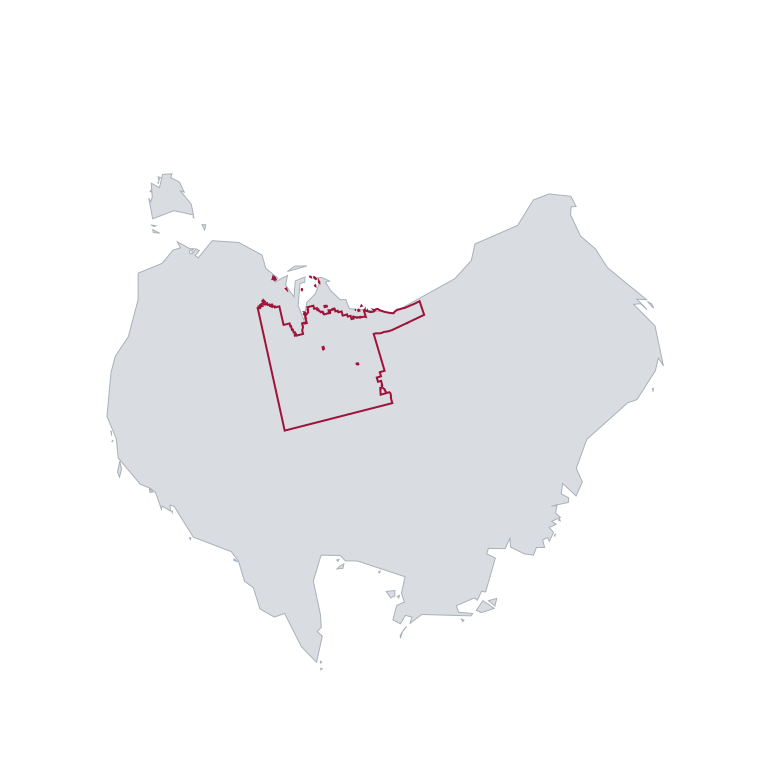 Unincorporated SA, South Australia, Australia shown in context, rotated 165°
{"feature_id": "25037944B19571193858150", "entity_name": "Unincorporated SA", "entity_type": "district", "adm_level": 2, "iso_a3": "AUS", "parent_name": "Australia", "parent_adm1": "South Australia", "projection": "orthographic", "projection_center": [135.729, -30.866], "detail": "fine", "context": "in_parent", "style": "outline", "palette": "rose", "viewbox_px": 768, "rotation_deg": 165, "n_neighbors": 0, "source": "geoboundaries", "source_scale": "gbopen_adm2", "svg_char_len": 9482}
<svg xmlns="http://www.w3.org/2000/svg" viewBox="0 0 768 768"><g transform="rotate(165 384 384)"><path d="M531.8,151.8L539.4,188.1L550.2,187.2L562.0,198.9L563.0,221.2L569.8,229.5L570.4,250.4L574.9,261.6L607.8,285.4L618.4,320.2L622.0,322.4L623.2,316.6L630.0,323.6L631.4,320.7L632.7,338.0L636.5,343.6L645.3,350.2L659.9,381.5L656.7,400.4L660.0,424.4L644.7,465.8L636.3,480.4L618.7,495.9L599.8,528.9L592.7,554.7L566.9,558.0L553.2,567.9L545.4,568.2L546.8,574.8L535.8,564.3L537.8,562.3L537.3,559.9L535.1,559.6L530.6,563.3L527.9,560.6L533.2,557.1L530.7,553.9L512.9,566.9L487.7,558.3L468.4,540.0L468.3,526.4L459.1,513.7L463.2,514.3L463.2,510.6L449.1,513.9L453.5,504.9L448.4,491.4L443.0,506.5L432.6,507.9L434.3,502.8L439.2,502.8L446.6,482.1L444.9,466.3L437.5,482.7L426.9,488.9L419.9,498.7L420.9,503.7L416.7,503.1L410.0,497.6L414.2,497.5L411.2,487.8L404.5,476.8L399.0,475.4L398.0,465.8L356.5,450.4L288.3,467.4L267.7,480.7L259.9,495.7L213.9,502.6L192.1,523.1L175.5,524.9L155.0,517.0L152.5,505.7L157.4,506.7L160.0,499.1L155.9,476.0L144.9,460.0L138.1,438.6L108.6,397.5L117.9,400.6L110.5,387.8L115.5,395.2L122.3,396.3L107.2,370.0L109.4,329.2L112.3,338.1L118.5,326.5L143.7,303.5L153.5,302.8L202.5,278.0L220.1,252.7L217.8,238.1L227.4,226.2L237.2,241.7L241.2,232.0L235.1,226.2L236.6,221.9L253.9,222.8L248.4,221.8L251.7,215.0L248.2,209.6L257.5,207.9L253.9,204.0L261.6,202.6L258.6,196.8L265.0,189.3L265.7,193.3L271.1,192.3L271.2,184.5L279.1,186.6L283.9,180.0L292.4,183.6L303.9,193.7L302.3,202.5L309.6,193.6L325.7,198.2L328.8,193.3L321.5,187.1L339.7,156.8L343.4,158.6L349.8,151.0L352.1,154.0L371.6,151.1L370.9,144.1L357.7,139.4L359.9,137.5L407.1,151.6L420.8,146.1L417.4,151.8L423.2,154.9L430.2,148.1L436.5,153.9L429.0,166.9L420.8,168.1L421.2,177.5L413.6,192.4L455.6,220.0L467.0,223.1L470.5,229.7L489.2,234.9L503.3,211.9L505.1,177.7L507.6,165.1L512.5,162.3L508.9,156.3L521.2,132.7L531.8,151.8ZM524.3,596.6L542.1,605.8L564.7,603.4L563.1,624.3L562.2,620.4L559.4,624.6L556.9,638.2L550.0,631.8L543.6,643.8L534.4,641.9L536.7,638.6L529.3,631.9L527.3,621.0L530.7,623.2L523.7,607.7L524.3,596.6ZM335.7,138.7L349.2,138.0L353.4,141.5L344.5,149.1L335.7,138.7ZM428.1,518.0L448.2,517.7L439.6,521.0L428.1,518.0ZM432.8,175.6L435.5,183.0L427.0,181.7L428.4,176.5L432.8,175.6ZM659.1,378.0L659.7,369.3L663.6,362.6L664.2,368.0L659.1,378.0ZM561.6,587.7L567.6,590.1L567.4,593.0L561.6,587.7ZM334.3,140.9L339.2,147.7L330.6,147.7L334.3,140.9ZM518.6,585.0L515.0,584.0L517.4,579.1L518.6,585.0ZM477.4,217.5L473.4,219.6L469.3,220.7L471.4,216.6L477.4,217.5ZM108.2,395.5L104.7,392.0L103.8,388.1L104.2,387.9L108.2,395.5ZM565.6,595.7L567.8,598.0L563.4,595.8L565.6,595.7ZM635.3,339.5L638.1,339.9L637.7,343.7L635.3,339.5ZM571.4,250.1L574.8,252.7L574.1,254.0L571.4,250.1ZM548.8,639.2L548.6,642.6L546.5,641.3L548.8,639.2ZM660.4,404.4L660.0,409.2L659.7,409.0L660.4,404.4ZM370.1,137.0L367.9,135.1L369.3,134.1L370.1,137.0ZM433.4,136.8L430.0,140.4L434.0,134.1L433.4,136.8ZM661.7,398.8L660.1,400.1L661.2,398.6L661.7,398.8ZM438.0,203.7L436.1,204.4L437.1,202.6L438.0,203.7ZM426.1,175.4L423.8,175.8L425.2,173.5L426.1,175.4ZM126.1,306.9L125.9,310.1L124.9,310.0L126.1,306.9ZM517.3,130.7L517.2,133.2L516.3,131.4L517.3,130.7ZM535.0,560.8L535.3,562.5L534.7,561.9L535.0,560.8ZM429.2,141.4L424.7,143.9L429.3,140.8L429.2,141.4ZM258.8,193.2L257.2,195.1L258.2,192.9L258.8,193.2ZM550.5,636.9L549.2,637.5L550.0,636.3L550.5,636.9ZM475.3,226.3L472.9,226.2L474.2,224.7L475.3,226.3ZM250.6,207.3L249.4,208.4L249.2,206.1L250.6,207.3ZM560.2,630.8L558.5,631.5L559.2,629.7L560.2,630.8ZM519.0,124.2L518.7,125.8L517.4,125.0L519.0,124.2ZM533.8,562.9L535.3,564.6L532.6,563.9L533.8,562.9ZM611.9,285.7L610.4,285.6L611.2,283.7L611.9,285.7ZM622.0,316.1L621.1,316.0L621.9,314.5L622.0,316.1ZM525.3,594.1L524.8,595.3L524.5,593.7L525.3,594.1Z" fill="#d9dde1" stroke="#a8b0b8" stroke-width="1"/><path d="M486.3,490.3L492.0,364.7L380.9,363.4L381.0,368.9L380.7,369.1L380.3,371.0L380.2,373.3L381.0,374.7L384.7,374.6L384.2,376.0L384.4,376.6L384.8,377.6L384.8,378.9L385.9,380.1L386.6,381.3L386.6,383.2L386.0,383.3L386.0,387.8L389.2,387.7L389.3,392.1L384.9,392.2L385.0,396.5L380.0,396.6L381.0,435.0L380.2,435.0L378.9,435.1L378.4,434.9L377.2,434.7L376.3,434.3L373.9,433.9L372.2,434.0L370.8,434.3L369.8,434.3L368.7,433.9L368.4,434.0L367.3,433.8L367.0,434.0L365.3,433.7L364.7,433.9L362.4,434.0L346.2,436.9L345.9,436.8L345.9,437.0L327.3,440.4L328.2,454.8L328.9,454.6L335.1,453.4L339.3,452.9L340.3,452.6L343.0,452.4L343.4,452.2L345.0,452.1L347.9,452.3L348.9,452.1L351.2,452.3L352.1,452.3L355.0,451.1L355.4,450.8L355.7,450.3L356.3,449.9L356.6,449.9L357.9,450.3L360.6,451.4L364.9,453.6L369.1,456.5L369.7,457.0L370.2,457.8L370.4,457.9L370.6,458.1L371.8,458.3L372.0,458.1L372.7,458.2L372.8,457.9L373.3,457.8L373.4,457.7L373.7,457.7L374.5,458.1L374.3,457.8L374.1,457.8L374.0,457.6L374.2,457.1L374.6,456.8L375.8,456.6L376.9,456.8L377.0,456.9L377.3,456.8L378.0,456.9L379.2,457.2L380.2,458.1L381.0,458.5L381.3,458.8L381.3,459.1L381.6,458.8L382.7,459.4L383.4,460.2L383.3,460.7L383.5,460.5L383.5,460.3L383.6,460.1L384.4,460.3L384.2,453.5L384.6,453.8L385.2,454.0L387.5,454.4L389.6,454.3L389.6,454.9L390.4,454.8L390.4,455.0L392.8,454.9L392.8,455.4L393.3,455.3L395.8,456.9L396.0,456.6L396.4,456.8L396.4,455.1L398.6,455.1L398.7,458.5L401.6,458.5L401.7,460.8L406.1,460.7L406.2,460.8L406.2,465.1L409.3,465.1L409.5,466.0L410.0,466.0L410.0,466.8L412.2,466.8L412.2,469.1L412.9,469.1L412.9,469.8L413.3,469.7L413.6,469.8L414.5,469.7L414.5,469.1L417.6,469.0L417.6,469.3L417.9,469.3L418.5,469.5L418.6,468.0L417.3,468.0L417.6,466.5L419.0,466.5L419.3,466.8L420.6,466.9L421.6,466.6L423.8,466.7L424.1,466.9L424.1,468.7L424.7,468.7L424.7,469.8L425.5,470.0L426.2,469.8L426.2,470.0L426.5,470.0L426.9,470.4L427.1,470.5L427.3,470.9L427.4,471.3L427.7,471.3L428.1,472.0L428.1,473.1L429.1,473.1L428.9,472.8L429.2,472.7L429.2,474.7L432.0,474.7L432.0,477.9L438.1,478.0L438.1,475.3L438.6,475.3L438.6,473.0L441.2,471.0L442.6,471.0L442.4,467.8L442.8,467.8L442.8,462.8L444.7,462.8L444.8,462.9L444.6,463.2L444.5,463.8L447.4,463.8L447.5,462.5L447.4,462.5L447.5,462.1L447.4,462.0L447.5,461.7L447.4,461.6L447.4,461.0L447.6,459.7L449.1,457.0L449.2,453.3L456.0,453.4L456.0,453.8L456.3,453.6L456.6,454.0L457.6,453.8L457.6,454.5L456.9,454.8L456.5,455.5L456.4,455.8L456.7,456.4L456.7,457.0L458.0,457.2L457.9,460.1L458.9,460.1L458.8,464.1L459.6,464.1L459.5,466.9L465.7,467.1L465.0,486.1L469.5,486.2L469.4,487.3L471.5,487.4L471.4,489.7L472.0,489.8L472.2,489.5L472.2,488.5L473.1,488.6L473.1,488.4L473.3,488.6L473.9,488.7L474.0,488.8L474.0,490.4L476.0,490.4L476.0,492.3L476.5,492.2L477.0,492.5L477.3,492.1L477.4,491.7L477.8,491.7L478.0,491.5L478.4,491.7L479.3,491.8L479.3,492.6L479.5,492.7L479.9,493.4L479.5,493.6L480.0,493.7L480.1,493.2L480.0,492.9L481.5,493.0L481.7,492.2L481.7,491.1L481.5,490.8L482.3,490.8L482.5,491.0L482.6,491.5L483.0,492.1L483.0,492.4L483.3,492.3L483.3,492.0L483.2,492.0L483.3,491.8L483.2,491.7L483.4,491.7L483.5,491.6L483.0,491.6L483.1,491.4L482.9,490.9L483.2,490.8L483.7,491.0L483.8,490.6L484.0,490.7L483.9,490.5L484.2,490.5L484.1,490.3L484.4,490.1L484.5,490.3L484.5,490.1L484.8,490.1L484.7,489.8L484.9,489.9L485.1,489.8L485.1,489.6L484.9,489.7L485.3,489.5L485.2,489.4L485.7,489.4L485.7,489.6L485.9,489.7L485.8,489.9L486.0,490.0L485.9,490.1L486.1,490.1L486.0,490.4L486.3,490.3ZM386.6,381.2L385.9,380.1L384.9,378.9L384.8,378.6L385.0,378.5L384.8,378.5L384.8,377.6L384.3,376.0L384.7,374.6L390.0,374.5L389.1,379.3L388.6,379.7L388.6,380.0L388.7,381.1L386.6,381.2ZM433.9,433.6L433.8,435.5L432.8,435.5L432.8,433.6L433.0,433.6L433.0,433.4L433.6,433.2L433.6,433.6L433.9,433.6ZM404.2,409.6L405.2,410.1L405.2,410.8L403.8,410.8L403.6,409.8L404.2,409.6ZM461.7,512.8L461.9,513.0L462.4,513.0L462.6,513.4L462.8,513.3L462.5,513.7L462.5,513.9L462.6,514.0L462.1,514.3L462.2,514.5L462.8,514.5L462.1,514.9L462.2,515.0L462.3,515.2L462.2,515.4L462.4,515.6L462.7,515.7L462.6,515.8L462.6,516.0L462.8,516.2L462.8,515.7L463.3,515.4L463.7,515.5L463.9,514.4L464.3,514.2L463.8,513.7L462.4,512.8L462.0,512.7L461.7,512.8ZM419.1,473.6L419.1,474.4L419.8,474.7L421.4,474.8L421.4,473.6L419.1,473.6ZM478.0,494.9L478.6,495.9L478.7,495.6L479.1,495.6L479.3,495.7L479.2,495.8L479.3,495.9L479.7,495.9L479.7,495.7L479.6,495.3L480.0,495.2L479.9,494.9L479.7,495.0L479.6,494.4L479.2,494.3L478.8,494.6L478.9,494.9L478.0,494.9ZM442.3,473.5L442.2,473.2L442.4,473.2L442.4,472.9L442.3,473.0L442.3,472.9L442.5,472.5L443.0,472.2L443.3,472.2L443.3,471.9L442.9,471.6L442.6,471.9L442.1,472.1L442.2,472.7L442.0,472.9L442.1,473.2L442.0,473.3L442.3,473.5ZM422.7,503.5L423.3,504.2L423.3,504.4L423.2,504.5L423.3,504.8L423.4,505.0L423.7,504.9L423.9,505.0L423.9,504.9L423.7,504.7L423.7,504.1L423.2,503.8L422.7,503.0L422.3,503.2L422.3,503.3L422.4,503.5L422.7,503.5ZM388.8,461.7L388.9,462.1L389.2,462.3L389.3,462.1L389.6,462.1L389.7,461.7L389.9,461.5L389.7,461.3L390.1,461.0L390.5,460.9L389.9,461.0L389.3,461.5L389.2,461.5L389.2,461.4L389.5,461.2L389.1,461.5L388.9,461.4L388.9,461.6L388.8,461.7ZM438.9,495.8L438.6,496.2L438.6,496.3L438.6,496.8L438.8,496.9L439.1,496.3L439.1,495.9L438.9,495.8ZM427.1,506.3L426.9,506.4L427.0,506.6L427.6,506.8L427.6,506.6L427.1,506.2L427.1,506.3ZM420.3,499.4L420.4,499.9L420.5,499.6L420.5,499.1L420.3,499.1L420.2,498.9L420.1,499.3L420.3,499.4ZM453.7,500.7L453.7,501.5L454.1,501.4L453.7,500.7ZM385.5,465.6L385.8,465.2L385.6,465.2L385.3,465.2L385.5,465.6ZM392.1,462.9L392.5,463.1L393.0,463.3L392.3,462.9L392.1,462.9ZM424.9,496.8L425.0,496.4L424.9,496.3L424.8,496.9L424.8,497.0L425.0,496.9L424.9,496.8Z" fill="none" stroke="#9f1239" stroke-width="2"/></g></svg>